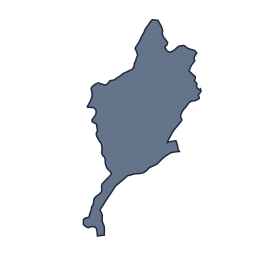 Zakho, Dihok, Iraq, rotated 311°
{"feature_id": "34846034B3570372403108", "entity_name": "Zakho", "entity_type": "district", "adm_level": 2, "iso_a3": "IRQ", "parent_name": "Iraq", "parent_adm1": "Dihok", "projection": "mercator", "projection_center": [42.817, 37.203], "detail": "fine", "context": "isolated", "style": "filled", "palette": "slate", "viewbox_px": 256, "rotation_deg": 311, "n_neighbors": 0, "source": "geoboundaries", "source_scale": "gbopen_adm2", "svg_char_len": 2895}
<svg xmlns="http://www.w3.org/2000/svg" viewBox="0 0 256 256"><g transform="rotate(311 128 128)"><path d="M229.0,79.9L227.8,78.5L225.6,75.2L224.4,75.2L221.0,75.4L217.9,75.8L215.7,75.8L213.4,76.3L210.6,77.4L206.5,78.1L202.3,79.4L199.3,80.1L194.2,80.7L192.7,81.2L191.5,83.9L190.1,86.5L188.9,87.6L185.8,88.7L183.2,89.9L181.4,90.3L180.7,90.5L178.2,92.3L175.1,92.7L172.6,91.6L165.7,88.5L163.7,88.3L160.2,87.4L157.7,86.5L156.5,86.5L155.3,86.1L151.9,83.4L150.5,83.4L147.3,83.4L146.1,83.0L145.0,81.9L143.8,79.0L142.4,75.8L139.5,74.5L135.1,73.8L133.9,74.1L133.0,75.0L131.4,77.0L130.3,78.7L127.1,80.7L122.2,82.3L118.8,83.0L117.4,83.2L117.2,84.1L118.0,84.7L119.2,86.7L120.8,88.5L120.8,90.7L120.2,92.5L118.0,94.3L116.5,95.0L113.4,95.2L110.3,95.6L109.3,96.8L109.3,97.4L109.8,99.6L110.3,101.6L108.6,103.4L107.5,105.0L106.6,105.9L105.8,106.8L103.3,107.4L101.9,108.8L101.0,110.3L99.2,115.4L99.0,117.2L97.6,119.6L94.8,122.5L92.3,124.1L91.3,125.4L90.7,127.2L90.5,129.4L89.5,131.2L87.0,133.4L85.2,135.8L83.8,138.9L83.5,142.1L83.5,143.6L82.8,145.4L80.3,145.8L74.1,145.4L68.8,145.2L67.0,146.0L64.2,148.7L62.4,149.8L61.7,149.8L59.6,149.8L56.2,148.9L53.4,148.7L51.6,149.2L48.3,151.4L46.9,152.0L44.7,152.3L43.3,153.1L41.7,154.3L40.2,154.5L37.0,156.0L35.7,156.9L34.8,156.9L32.9,155.4L31.1,154.5L29.5,154.5L27.8,156.0L26.0,157.4L25.8,159.8L26.2,162.0L26.5,163.3L28.5,164.5L30.2,165.6L31.1,167.1L31.7,169.3L30.8,170.9L29.7,172.4L26.4,175.8L29.2,178.2L31.7,180.4L33.2,179.0L34.9,177.7L36.7,176.0L38.1,174.6L39.7,171.4L40.4,170.2L42.5,168.0L44.4,166.6L45.6,165.6L47.1,162.4L47.8,160.5L50.5,160.1L53.0,159.9L58.0,159.0L69.1,157.6L76.3,156.6L77.5,156.9L83.2,157.8L88.1,158.5L91.9,159.0L93.4,160.3L97.5,162.9L102.0,167.3L104.7,169.1L107.4,169.8L112.3,170.2L116.4,172.1L119.8,173.5L122.0,173.7L127.1,174.0L130.9,174.6L136.8,176.3L137.9,176.9L141.0,179.3L144.0,182.2L145.0,179.5L147.9,176.0L149.8,172.5L146.3,169.5L144.1,167.7L142.9,167.2L146.0,166.1L148.8,165.6L149.9,165.3L151.3,165.0L153.3,164.5L156.7,164.0L167.1,163.8L169.5,163.3L170.5,161.3L171.3,159.9L173.0,159.0L176.7,158.0L179.2,157.8L182.7,157.8L185.7,157.5L187.6,157.5L189.3,158.0L190.3,158.5L192.7,160.8L196.7,162.4L197.5,162.0L198.5,160.5L198.8,159.4L200.3,159.4L202.2,159.2L203.1,159.2L203.6,158.9L204.3,158.3L205.1,156.9L203.6,156.7L203.6,155.9L203.6,153.6L204.8,152.3L206.8,150.6L207.2,147.2L209.6,146.1L210.9,145.1L210.9,142.4L211.0,139.1L211.2,136.6L213.7,135.7L216.9,134.7L222.6,134.3L223.1,132.9L224.3,131.8L226.1,131.3L227.8,130.8L229.6,130.8L230.0,129.4L230.2,127.4L229.0,124.8L227.8,122.1L227.2,119.8L227.1,118.6L227.2,117.7L227.2,116.8L226.7,115.7L225.1,114.3L223.6,113.1L222.1,112.4L218.3,112.0L216.7,111.7L213.1,110.4L211.7,107.3L212.9,102.8L216.5,102.8L217.6,102.3L218.6,101.8L219.0,99.8L219.5,97.7L220.0,94.9L221.4,92.4L222.4,91.3L224.3,90.3L225.9,87.6L227.2,84.8L227.9,82.6L229.0,79.9Z" fill="#64748b" stroke="#1e293b" stroke-width="1.5"/></g></svg>